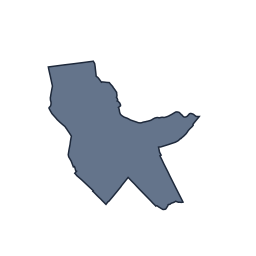 the district of Tinosu, Prahova, Romania, rotated 332°
{"feature_id": "2599482B48682936712287", "entity_name": "Tinosu", "entity_type": "district", "adm_level": 2, "iso_a3": "ROU", "parent_name": "Romania", "parent_adm1": "Prahova", "projection": "albers", "projection_center": [26.021, 44.814], "detail": "fine", "context": "isolated", "style": "filled", "palette": "slate", "viewbox_px": 256, "rotation_deg": 332, "n_neighbors": 0, "source": "geoboundaries", "source_scale": "gbopen_adm2", "svg_char_len": 5564}
<svg xmlns="http://www.w3.org/2000/svg" viewBox="0 0 256 256"><g transform="rotate(332 128 128)"><path d="M195.7,151.6L196.3,151.3L195.9,151.1L194.6,150.4L193.9,149.9L193.5,149.6L193.3,149.3L193.1,148.8L192.9,148.3L192.4,147.1L192.1,146.5L191.8,146.1L191.5,145.8L191.0,145.3L190.5,144.8L190.2,144.6L189.8,144.4L189.0,144.3L188.7,144.4L188.2,144.5L187.8,144.7L187.0,145.0L186.2,145.3L185.7,145.5L185.3,145.4L184.7,145.4L184.2,145.4L183.7,145.2L183.2,145.0L182.7,144.6L182.4,144.2L182.1,143.6L181.9,142.6L181.8,142.2L181.8,141.9L181.5,141.5L181.4,141.2L181.3,140.9L181.2,140.4L180.9,139.5L180.7,138.7L180.5,138.3L180.3,138.0L179.9,137.7L179.4,137.2L178.9,136.9L178.4,136.6L178.1,136.4L177.6,136.3L176.7,136.3L174.8,136.4L172.9,136.5L171.8,136.5L170.4,136.5L169.5,136.5L168.4,136.4L167.0,136.2L166.2,136.0L165.6,135.9L164.9,135.7L164.5,135.5L164.1,135.1L163.6,134.8L162.9,134.4L162.2,134.2L161.6,134.0L160.9,133.9L160.2,133.6L159.8,133.3L159.3,132.8L158.6,132.4L157.9,132.2L156.3,131.8L155.4,131.8L154.6,131.8L154.1,131.8L153.8,131.8L153.1,131.9L152.5,131.9L152.0,131.9L151.1,131.8L150.2,131.6L148.8,131.3L147.8,131.0L147.1,130.8L146.5,130.7L145.6,130.4L144.7,130.1L143.9,129.9L142.9,129.8L142.1,129.6L141.3,129.3L140.5,128.8L139.3,127.9L138.5,126.9L136.1,124.4L134.6,122.8L134.0,122.2L133.2,120.9L132.6,120.0L131.9,119.0L130.6,117.6L129.6,116.4L128.9,115.2L128.6,114.6L128.3,114.0L128.1,113.5L128.0,113.1L127.8,112.4L127.8,111.8L127.9,110.9L128.2,109.5L128.6,108.5L129.0,107.1L129.2,106.0L129.2,105.3L129.5,105.3L131.1,105.1L131.6,104.8L131.9,104.8L132.0,104.4L132.2,104.1L132.3,103.8L132.3,103.6L132.3,103.4L132.3,103.0L132.4,102.5L132.4,102.0L132.2,101.5L132.1,101.3L132.1,100.9L132.0,100.6L132.0,100.4L131.9,100.0L131.8,99.9L131.6,99.6L131.5,99.4L131.3,99.1L131.2,99.0L131.4,98.9L131.6,98.8L131.9,98.6L132.1,98.3L132.2,98.1L132.2,97.9L132.2,97.6L132.3,97.2L132.3,96.8L132.4,96.6L132.3,96.4L132.3,96.1L132.1,95.8L132.1,95.7L132.3,95.4L132.6,95.1L132.9,94.9L133.1,94.7L133.2,94.4L133.3,94.3L133.5,94.1L133.6,93.9L133.7,93.6L133.9,93.1L134.0,92.8L134.1,92.5L134.2,92.3L134.3,91.9L134.4,91.7L134.5,91.6L134.6,91.4L134.7,91.2L134.7,90.8L134.6,90.5L134.5,90.1L134.5,89.7L134.5,89.0L134.5,88.7L134.4,88.4L134.3,88.0L134.3,87.7L134.2,87.1L134.2,86.8L134.1,86.4L134.1,86.2L134.0,85.7L133.9,85.4L133.9,85.1L133.9,84.8L134.0,84.6L133.9,84.3L133.9,83.9L133.8,83.6L133.7,83.2L133.6,82.8L133.5,82.3L133.4,82.0L133.3,81.7L133.2,81.3L133.0,80.3L132.8,79.1L130.7,77.8L129.1,76.7L127.5,75.6L126.8,75.2L126.5,75.1L126.0,75.1L126.0,74.7L125.3,70.1L125.0,69.1L124.4,67.8L124.2,67.4L125.0,65.4L126.8,60.8L127.7,58.6L128.7,55.8L128.8,55.4L128.8,54.9L128.7,53.2L128.7,52.7L127.5,52.3L125.7,51.6L121.4,50.0L115.3,47.7L109.5,45.5L101.0,42.2L89.5,37.9L87.1,37.0L86.3,36.7L86.2,37.1L85.8,38.2L85.6,39.0L85.0,41.1L84.3,43.6L83.9,45.2L83.2,47.6L82.3,50.8L81.5,53.6L81.3,54.5L80.9,55.6L80.6,56.0L78.8,58.2L75.1,62.9L74.7,63.5L73.7,64.7L73.1,65.9L72.7,66.8L72.5,67.4L72.3,68.6L71.9,69.6L71.3,70.7L70.7,71.4L70.2,72.0L69.7,72.3L69.0,72.6L68.2,72.8L67.7,73.1L67.6,73.3L67.5,73.6L67.5,74.0L67.5,75.5L67.5,76.8L67.6,79.6L68.2,82.1L68.9,84.9L69.0,85.3L69.4,87.3L70.6,90.9L71.9,94.3L73.0,97.0L73.1,97.6L73.2,99.0L73.4,99.7L73.5,101.5L73.8,103.8L74.2,108.6L72.2,111.1L70.8,112.9L69.2,115.2L65.8,119.4L62.7,123.5L62.1,125.6L62.3,130.3L61.9,133.7L61.5,136.7L62.6,136.9L62.5,137.9L62.2,139.3L61.9,140.5L61.8,141.3L62.1,141.9L62.2,142.0L59.7,143.0L60.1,144.2L60.4,146.0L60.6,146.5L62.7,151.8L64.3,156.5L66.1,161.8L67.9,167.1L67.2,167.4L67.5,168.0L68.0,169.7L69.1,173.5L69.8,175.7L70.6,178.0L70.8,178.7L71.1,179.9L72.0,182.8L72.3,183.9L72.7,185.1L74.2,184.4L75.4,183.9L75.8,183.7L76.5,183.7L77.3,183.5L78.0,183.2L79.7,182.5L81.0,182.0L83.2,181.1L88.5,178.9L94.4,176.4L94.5,176.2L104.9,171.7L105.1,172.3L106.3,176.6L107.5,180.5L108.3,183.6L109.4,187.6L111.0,193.1L112.8,199.2L114.0,203.3L114.6,205.7L115.7,209.2L115.9,209.8L115.9,210.0L116.0,210.0L116.3,210.0L116.6,210.0L116.9,210.1L117.1,210.3L117.3,210.6L117.5,211.0L117.7,211.3L117.8,211.6L117.9,211.9L118.0,212.1L118.2,212.4L118.5,212.8L118.9,213.5L119.5,214.6L119.8,215.0L120.0,215.4L120.2,215.8L120.3,216.0L120.6,216.3L120.9,216.5L121.2,216.7L121.7,216.8L122.1,217.0L122.5,217.2L122.8,217.2L123.1,217.2L123.4,217.2L123.6,217.1L123.8,217.0L124.0,216.9L124.5,216.6L125.0,216.3L126.0,215.8L126.4,215.5L127.0,215.1L127.3,214.7L127.5,214.5L127.8,214.5L128.1,214.7L128.3,214.8L128.6,214.9L129.0,215.0L129.6,215.0L129.8,215.0L130.0,214.9L130.3,214.8L130.5,214.8L130.9,214.8L131.1,214.8L131.4,214.8L131.6,214.8L131.9,214.9L132.1,214.9L132.2,215.0L132.3,215.0L132.6,215.1L132.9,215.1L133.0,215.1L133.3,215.1L133.5,215.1L134.0,215.2L134.5,215.2L134.8,215.2L135.2,215.1L135.5,215.1L135.8,215.1L135.9,215.3L136.0,215.4L136.2,215.6L136.3,215.8L136.6,216.1L136.9,216.4L137.1,216.6L137.3,216.9L137.5,217.1L137.8,217.3L138.0,217.4L138.2,217.5L138.5,217.6L138.8,217.8L139.1,218.0L139.4,218.2L139.8,218.5L140.3,218.7L140.5,218.9L140.8,218.9L141.5,219.3L141.8,219.3L142.1,203.6L142.4,190.2L142.6,185.9L142.8,176.0L143.0,172.6L143.1,168.6L143.2,167.5L144.5,167.5L144.5,166.6L144.5,165.1L144.5,164.1L144.8,163.2L146.0,159.2L147.0,159.6L148.0,160.1L148.6,160.2L155.4,161.5L157.8,161.9L161.4,162.5L163.2,162.8L165.8,162.8L166.1,162.8L167.5,162.5L168.2,162.3L168.8,162.1L169.4,161.9L169.6,162.2L170.1,162.1L171.4,161.7L172.5,161.5L173.2,161.4L174.3,161.0L175.9,160.6L177.1,160.1L178.5,159.4L180.1,158.5L181.5,158.0L182.3,157.7L184.1,157.2L185.2,156.9L186.6,156.3L186.9,156.1L187.1,155.2L191.8,153.2L195.7,151.6Z" fill="#64748b" stroke="#1e293b" stroke-width="1.5"/></g></svg>